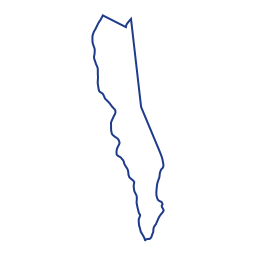 Mavay, Choiseul, Saint Lucia
{"feature_id": "8701671B50877038935662", "entity_name": "Mavay", "entity_type": "district", "adm_level": 2, "iso_a3": "LCA", "parent_name": "Saint Lucia", "parent_adm1": "Choiseul", "projection": "natural_earth1", "projection_center": [-61.034, 13.806], "detail": "fine", "context": "isolated", "style": "outline", "palette": "blue", "viewbox_px": 256, "rotation_deg": 0, "n_neighbors": 0, "source": "geoboundaries", "source_scale": "gbopen_adm2", "svg_char_len": 5835}
<svg xmlns="http://www.w3.org/2000/svg" viewBox="0 0 256 256"><path d="M161.8,157.0L159.9,152.0L141.1,107.0L131.0,18.9L128.6,21.7L126.6,24.3L126.3,25.2L125.9,27.1L102.8,15.4L101.8,17.5L101.0,19.0L100.7,19.5L100.2,20.3L99.8,20.8L99.4,21.5L98.5,22.9L97.6,24.6L97.3,25.3L96.9,26.2L96.0,27.8L95.9,28.1L95.8,28.4L95.6,28.8L95.0,29.8L94.8,30.2L94.2,31.1L93.9,31.8L93.6,32.4L93.5,32.7L92.8,34.8L92.7,35.4L92.5,36.0L92.5,36.3L92.4,36.8L92.4,38.2L92.5,40.1L92.5,41.5L92.5,41.9L92.7,42.9L93.0,44.0L93.1,44.4L93.8,46.5L94.3,47.8L94.5,48.5L94.7,49.2L94.7,49.8L94.7,50.6L94.7,51.4L94.7,52.0L94.7,52.3L94.5,53.7L94.4,54.7L94.3,55.2L94.2,55.9L94.0,56.7L94.0,57.7L94.1,58.0L94.3,59.0L94.7,60.2L95.0,61.0L95.2,61.6L95.4,62.1L95.6,62.7L95.7,63.0L95.9,63.8L96.2,64.5L96.6,65.4L96.8,65.7L97.0,66.2L97.2,66.7L97.3,67.0L97.5,67.6L97.7,68.3L97.8,69.1L97.8,69.4L97.8,71.3L97.8,71.6L97.8,73.0L97.8,74.2L97.8,74.9L97.9,75.3L97.9,75.9L98.0,76.5L97.9,79.6L97.8,80.0L97.8,80.3L97.8,81.2L97.7,81.9L97.7,82.5L97.8,84.0L97.9,84.4L97.9,84.7L98.1,85.5L98.1,85.8L98.4,87.5L98.5,88.3L98.6,89.0L98.8,89.5L98.8,89.9L98.9,90.3L99.1,90.8L99.4,91.3L99.8,91.8L100.5,92.2L101.0,92.6L102.3,93.4L102.6,93.7L102.8,93.9L103.0,94.1L103.3,94.6L103.5,95.2L103.7,95.6L104.0,96.1L104.2,96.6L104.4,96.9L104.5,97.2L104.6,97.7L104.7,97.9L104.9,98.3L105.1,98.6L105.6,99.2L106.9,100.4L107.6,101.2L108.3,101.8L108.5,102.0L108.7,102.3L109.2,102.8L109.6,103.2L109.8,103.5L110.0,103.8L110.6,104.7L111.0,105.1L111.5,105.8L111.8,106.3L112.1,106.7L112.6,107.1L113.0,107.5L113.2,107.8L113.6,108.3L114.8,109.5L115.0,109.8L115.2,110.1L115.3,110.8L115.4,111.2L115.4,112.4L115.3,113.2L115.2,113.5L115.0,114.1L114.8,114.5L114.2,115.4L113.6,116.6L113.3,117.2L112.9,118.2L112.3,119.5L112.1,119.8L112.0,120.2L111.7,120.8L111.2,121.9L111.2,122.2L111.1,122.6L111.0,123.3L111.1,129.2L111.1,129.5L111.3,131.4L111.5,131.9L111.6,132.8L111.7,133.1L111.8,133.5L112.1,134.1L112.3,134.4L113.0,135.2L113.4,135.5L114.1,136.1L114.3,136.3L115.1,136.9L115.4,137.1L115.7,137.3L116.4,137.7L117.0,138.2L117.4,138.5L117.9,138.9L118.1,139.1L118.4,139.5L118.5,139.9L118.8,140.5L119.1,141.1L119.4,142.0L119.5,142.3L119.5,142.8L119.5,143.1L119.4,143.5L119.3,143.8L119.2,144.1L119.1,144.4L118.0,146.4L117.5,147.6L117.3,148.1L117.0,148.7L116.8,149.5L116.7,150.1L116.6,151.0L116.5,152.3L116.5,153.1L116.6,153.5L116.6,154.0L116.7,154.3L116.8,154.6L117.0,154.9L117.2,155.2L117.4,155.4L117.7,155.6L118.3,156.0L118.6,156.2L119.0,156.4L119.5,156.7L120.0,157.0L120.6,157.4L120.9,157.6L121.1,157.8L121.5,158.4L122.3,159.4L122.6,159.6L122.8,159.9L123.3,160.5L123.4,160.8L123.7,161.5L123.9,162.2L124.1,163.2L124.3,163.7L124.5,164.1L124.7,164.5L124.9,164.9L125.2,165.5L126.0,166.8L126.4,167.3L126.7,167.8L127.3,168.8L127.7,169.7L127.9,170.4L128.1,171.3L128.3,172.5L128.4,173.0L128.4,173.3L128.4,174.1L128.7,175.5L129.2,176.9L129.4,177.2L129.8,177.7L130.3,178.2L130.5,178.4L131.1,178.8L131.3,179.0L131.7,179.4L132.5,180.0L133.0,180.4L133.2,180.6L133.7,181.2L134.2,182.0L134.2,182.6L134.2,182.9L134.0,183.7L133.8,184.7L133.7,185.7L133.7,186.3L133.7,187.0L133.8,187.8L133.9,188.1L134.0,189.3L134.1,189.9L134.3,190.7L134.3,190.9L134.4,191.3L134.5,191.5L134.7,192.0L134.9,192.3L135.8,194.1L136.0,194.5L136.4,195.3L136.6,195.9L136.7,196.6L136.8,197.8L136.8,199.0L136.8,199.3L136.8,199.6L136.7,200.7L136.6,201.5L136.6,202.7L136.7,203.2L136.7,203.5L136.8,203.8L136.8,204.2L136.9,204.5L137.0,204.9L137.1,205.5L137.4,207.0L137.9,209.1L138.0,209.4L138.0,209.7L138.3,210.6L138.3,210.8L138.7,212.2L138.9,212.8L139.0,213.1L139.2,213.6L139.4,213.9L139.9,214.5L140.1,214.8L140.1,215.3L140.0,215.8L139.8,216.5L139.6,217.0L139.2,218.1L138.9,218.7L138.8,219.0L138.8,219.6L138.7,219.9L138.8,222.1L138.8,222.4L138.8,222.7L138.9,223.9L139.0,224.1L139.0,224.4L139.0,224.7L139.1,225.0L139.1,225.3L139.2,225.7L139.2,226.0L139.5,226.6L139.6,227.1L139.7,227.4L140.1,228.8L140.2,229.4L140.4,230.2L140.6,231.0L140.8,231.7L141.0,232.0L141.3,232.7L141.6,233.2L141.8,233.4L142.1,234.0L142.7,234.9L143.4,236.2L143.6,236.5L144.0,237.3L144.1,237.5L144.6,238.6L144.7,238.9L144.8,239.6L144.9,240.0L145.9,240.6L145.4,239.9L146.2,239.4L146.6,239.3L147.3,239.0L147.6,238.9L147.9,238.9L149.1,239.0L149.4,239.0L149.7,238.8L150.3,238.4L150.5,238.1L151.0,237.6L151.3,237.1L151.4,236.8L151.6,236.5L151.7,236.2L151.9,235.5L152.0,235.0L152.6,233.5L152.8,233.2L152.9,232.9L153.0,232.5L153.2,231.9L153.3,231.5L153.3,230.5L153.4,229.8L153.4,229.3L153.5,229.0L153.6,228.2L153.8,227.3L154.0,227.0L154.1,226.7L154.3,226.4L154.6,225.9L155.2,225.2L155.6,224.6L156.0,224.1L156.4,223.1L156.7,222.4L156.8,222.0L157.7,220.2L157.8,219.9L158.0,219.5L158.1,219.1L158.3,218.6L158.9,217.5L159.4,216.5L159.9,215.8L160.3,215.2L160.9,214.3L161.6,213.6L162.0,213.1L162.4,212.6L163.2,211.5L163.3,211.2L163.5,210.9L163.6,210.5L163.6,210.2L163.5,209.8L163.3,209.5L163.0,208.9L162.5,207.9L162.1,207.4L162.0,207.1L161.9,206.7L161.8,206.2L161.7,205.8L161.9,205.5L162.0,205.3L162.3,204.8L162.5,204.4L162.5,204.1L162.4,203.7L162.3,203.4L162.0,202.8L161.6,202.2L161.4,202.0L161.1,201.8L161.0,201.7L160.6,201.5L160.0,201.3L159.7,201.1L158.7,200.5L158.4,200.3L158.1,200.0L157.9,199.7L157.2,198.3L157.1,198.0L157.0,197.6L156.9,197.3L156.6,196.0L156.5,195.6L156.4,194.4L156.3,192.5L156.4,192.2L156.4,191.9L156.4,191.6L156.4,190.8L156.5,190.4L156.5,190.1L156.5,189.8L156.5,189.6L156.6,189.0L156.7,188.3L156.8,187.2L156.9,186.4L156.9,186.0L157.0,185.3L157.1,184.5L157.3,183.4L157.5,182.7L157.6,182.3L157.9,181.4L158.2,180.5L158.3,180.3L158.7,179.1L159.1,178.1L159.3,177.5L159.3,177.1L159.5,176.3L159.7,174.4L159.9,173.0L160.1,172.2L160.6,170.9L161.1,169.7L161.3,169.4L161.5,169.1L162.5,168.2L162.7,167.9L163.0,167.4L163.1,167.0L163.3,166.4L163.3,166.1L163.4,165.5L163.4,164.6L163.3,163.6L163.2,163.2L163.0,162.3L162.9,161.9L162.7,160.9L162.7,160.5L162.3,158.8L161.8,157.0Z" fill="none" stroke="#1e3a8a" stroke-width="2"/></svg>